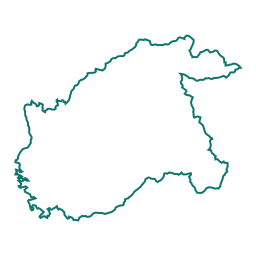 outline of Itapetininga, São Paulo, Brazil
{"feature_id": "56859067B64120734896846", "entity_name": "Itapetininga", "entity_type": "district", "adm_level": 2, "iso_a3": "BRA", "parent_name": "Brazil", "parent_adm1": "São Paulo", "projection": "albers", "projection_center": [-48.114, -23.635], "detail": "fine", "context": "isolated", "style": "outline", "palette": "teal", "viewbox_px": 256, "rotation_deg": 0, "n_neighbors": 0, "source": "geoboundaries", "source_scale": "gbopen_adm2", "svg_char_len": 5745}
<svg xmlns="http://www.w3.org/2000/svg" viewBox="0 0 256 256"><path d="M240.6,67.8L239.1,65.8L237.8,65.2L236.4,64.1L233.7,63.5L231.5,64.5L229.9,64.6L228.3,65.2L225.5,65.5L225.7,62.3L224.3,62.4L224.1,59.3L223.6,57.8L220.0,55.2L218.3,52.8L217.3,51.0L216.1,50.5L214.6,50.7L213.4,51.7L210.1,52.4L207.8,49.9L206.1,49.8L204.8,50.7L203.8,51.3L200.4,52.3L199.2,54.5L197.2,57.0L196.0,57.2L194.1,57.0L192.4,57.3L192.2,56.1L191.3,55.2L190.8,54.1L190.5,52.5L189.4,50.5L190.8,49.1L191.6,46.8L192.5,45.1L193.3,43.1L193.6,41.7L193.7,40.1L192.4,38.8L188.8,35.9L186.9,35.6L185.6,36.4L184.4,37.6L184.5,39.0L179.9,37.3L178.4,37.9L176.3,40.7L174.6,41.1L173.2,41.1L170.4,42.6L169.1,44.0L167.7,44.5L164.8,44.1L163.2,45.0L161.7,45.1L158.7,44.9L157.5,45.3L156.0,44.4L154.2,44.6L152.4,45.1L150.8,44.6L149.8,41.0L148.2,40.4L144.8,39.3L143.8,40.0L140.6,39.6L139.1,39.7L137.4,42.3L136.2,43.5L136.1,45.4L135.0,47.2L133.2,48.4L132.1,49.4L129.4,50.9L127.8,52.6L125.5,52.9L124.7,53.8L124.5,55.1L123.6,56.0L119.4,56.2L117.5,56.6L115.3,58.3L113.7,58.0L111.5,59.0L110.7,60.7L109.1,62.1L107.9,62.8L105.6,63.6L105.7,66.2L105.0,68.5L102.5,70.5L95.8,68.8L95.3,70.0L95.9,71.0L95.4,72.2L93.3,72.8L89.7,72.9L87.6,73.2L87.4,75.2L85.1,78.0L82.8,79.5L81.1,79.9L79.4,81.0L78.1,84.1L76.9,85.3L75.6,85.3L74.6,86.0L73.9,88.4L73.0,89.6L72.0,90.4L71.2,91.4L71.1,92.8L70.1,95.4L69.9,97.0L69.0,100.0L67.7,101.7L65.5,103.7L65.0,102.0L63.5,101.9L63.5,100.6L62.0,100.3L60.7,101.2L57.9,100.9L57.4,99.5L56.5,100.3L56.7,101.7L57.7,103.3L58.0,105.3L56.4,105.7L55.3,107.4L55.7,108.7L54.5,109.6L51.9,109.5L50.9,109.0L49.1,108.7L47.7,108.8L47.0,109.8L45.3,110.7L45.1,112.1L43.9,111.6L42.4,110.4L42.8,108.7L42.4,107.4L42.8,104.7L41.9,104.0L39.3,103.0L39.3,104.9L38.2,106.0L36.7,106.2L36.5,104.7L34.7,103.3L33.4,102.8L31.9,100.9L31.0,102.7L31.3,104.6L29.4,104.9L27.9,104.4L26.8,104.6L25.2,105.4L24.4,107.8L24.4,109.5L25.0,111.2L25.3,115.8L26.5,117.6L26.4,119.5L28.0,122.7L27.9,125.1L28.9,126.6L29.3,129.0L29.2,132.5L29.8,134.1L31.4,136.6L31.7,138.3L31.0,139.2L30.7,140.7L30.8,142.9L27.8,147.5L24.0,148.6L22.4,149.4L20.2,152.4L18.5,155.4L17.9,157.1L18.0,158.4L17.3,159.7L15.7,160.2L15.4,162.2L18.9,163.1L19.9,164.4L19.3,167.4L19.6,168.6L20.3,170.0L22.2,171.6L20.1,172.3L19.2,170.9L18.0,170.2L16.0,169.7L17.1,173.2L15.7,173.3L15.4,174.5L17.7,174.5L20.2,175.4L21.6,176.3L20.4,176.8L18.7,176.9L17.9,177.8L18.8,179.1L20.7,178.1L22.2,178.1L23.8,179.0L24.0,180.2L22.5,181.2L20.6,181.3L19.3,180.1L18.3,180.7L19.5,181.6L21.3,184.0L20.5,185.7L18.7,186.1L19.2,187.1L20.7,187.9L22.6,187.1L25.7,186.4L27.2,187.5L24.4,190.1L25.2,191.9L29.1,193.8L30.2,194.7L31.2,197.3L34.0,197.1L35.5,198.3L31.1,199.8L28.8,200.0L28.0,201.1L29.5,203.9L30.8,209.4L31.7,210.3L33.2,209.9L33.4,208.2L31.7,207.2L32.7,205.2L34.0,205.2L35.9,205.8L36.6,207.6L37.4,208.6L38.5,208.1L39.7,208.6L43.7,212.0L42.7,213.3L41.2,214.5L40.1,215.8L39.6,217.0L40.8,217.9L43.3,216.3L45.0,216.4L46.0,217.5L47.3,217.9L47.5,215.7L48.9,215.9L49.6,214.6L50.0,213.4L49.2,211.9L49.1,210.6L47.6,209.1L49.5,208.0L50.4,209.5L52.0,209.6L53.1,208.6L55.7,207.3L56.9,206.2L57.5,208.2L58.3,209.5L59.5,208.7L60.7,209.5L62.2,209.8L63.1,211.3L64.5,212.5L64.3,214.3L65.0,215.5L67.4,218.6L68.9,218.3L68.9,216.7L71.6,217.4L73.1,218.8L73.5,220.0L75.5,219.9L78.3,220.4L79.2,217.7L81.0,216.8L82.0,215.8L83.9,216.3L85.5,215.8L86.7,216.8L89.3,216.7L91.0,215.9L93.0,213.6L95.9,212.6L99.6,213.1L101.6,212.9L105.2,214.0L106.7,213.4L111.1,212.2L113.9,210.5L115.1,209.3L115.4,207.9L116.6,207.0L118.6,206.0L120.6,205.5L122.4,205.4L123.4,205.0L123.8,203.8L123.7,202.5L125.1,201.2L125.1,199.3L126.7,198.7L128.2,198.4L129.0,197.2L130.6,196.2L132.7,194.2L134.0,192.2L135.4,190.8L138.2,188.8L139.0,188.0L140.2,187.3L141.4,185.5L144.6,181.9L145.2,180.6L145.5,179.1L148.2,177.6L149.3,177.6L151.1,178.6L152.4,179.0L153.9,178.6L155.3,179.4L156.0,181.1L157.6,182.1L158.7,181.2L159.9,180.7L161.7,179.4L163.2,177.5L163.9,176.0L163.9,174.7L164.3,173.5L165.8,173.2L167.3,173.8L169.2,172.4L170.5,172.9L172.3,172.9L174.1,173.9L176.4,174.1L177.8,173.9L178.7,174.8L180.6,173.6L181.4,172.5L183.1,174.4L185.7,174.4L187.5,174.1L189.4,173.3L191.0,173.4L190.9,174.7L189.1,176.6L190.5,180.0L190.1,181.8L191.2,182.9L192.9,186.1L194.4,187.0L195.1,188.5L195.4,190.0L196.2,191.3L197.3,192.8L201.6,192.9L203.4,191.8L205.0,190.4L206.1,188.4L208.3,187.4L210.4,187.3L212.2,187.7L215.2,188.7L217.1,188.2L218.3,188.7L219.6,187.2L220.4,186.0L220.5,184.5L221.5,182.0L221.8,180.6L222.6,179.2L222.8,177.6L223.6,175.5L225.0,174.6L225.3,173.2L227.3,171.5L226.4,169.8L227.7,166.4L227.5,162.9L224.3,162.8L223.7,161.5L221.3,162.8L218.6,160.4L217.8,159.4L216.5,159.1L215.4,159.4L215.1,157.8L215.8,156.3L214.4,155.3L213.6,154.2L212.4,153.5L211.5,152.1L211.1,150.4L208.5,149.8L209.8,148.5L210.4,147.1L210.7,145.5L210.7,144.1L209.9,141.4L210.7,139.6L212.2,139.1L211.6,137.9L210.3,137.5L209.7,136.5L206.7,134.3L205.4,133.0L204.3,129.9L203.8,127.9L202.9,125.3L201.5,124.1L199.3,122.3L199.6,120.8L200.5,117.3L198.5,116.7L197.0,116.5L194.4,117.6L193.5,115.8L193.7,114.0L193.2,111.9L193.6,110.2L193.5,108.9L191.8,105.5L191.1,103.5L191.3,100.9L192.8,97.3L191.8,96.9L189.9,95.5L188.6,95.3L186.0,94.7L184.7,93.7L186.4,91.5L185.9,90.1L182.1,87.4L182.7,86.1L182.4,84.8L181.1,83.6L180.8,81.8L181.9,80.3L182.3,78.5L181.8,77.3L181.9,75.5L180.5,73.8L182.2,74.0L184.6,74.7L188.3,76.9L189.2,78.1L191.9,78.2L194.0,78.8L195.7,80.4L197.4,80.8L199.4,80.0L200.9,79.7L203.3,79.9L204.4,79.3L205.4,78.2L207.1,78.4L208.7,78.0L210.0,78.6L212.1,79.0L213.3,78.3L214.4,78.0L218.1,77.8L222.1,76.5L223.6,75.8L225.4,76.8L226.2,77.6L228.5,75.7L230.3,72.6L231.8,72.3L233.1,72.6L234.2,72.2L235.1,71.3L235.3,69.7L237.2,69.3L238.9,67.9L240.6,67.8ZM23.8,179.0L25.1,178.1L26.9,179.0L28.3,180.7L26.6,180.7L25.1,179.2L23.8,179.0Z" fill="none" stroke="#0f766e" stroke-width="2"/></svg>